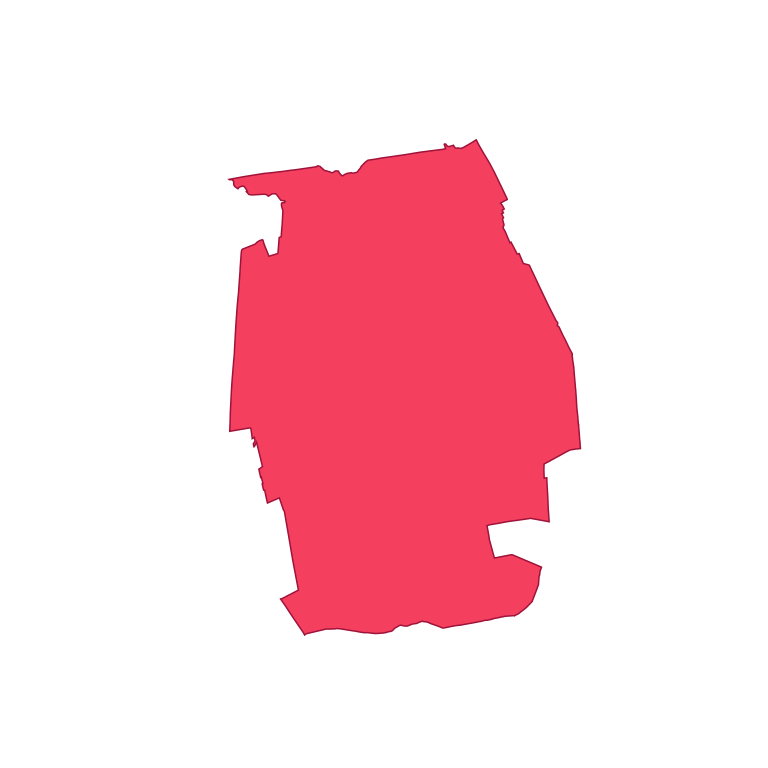 Mozaceni, Arges, Romania, rotated 118°
{"feature_id": "2599482B69451862897521", "entity_name": "Mozaceni", "entity_type": "district", "adm_level": 2, "iso_a3": "ROU", "parent_name": "Romania", "parent_adm1": "Arges", "projection": "robinson", "projection_center": [25.183, 44.552], "detail": "fine", "context": "isolated", "style": "filled", "palette": "rose", "viewbox_px": 768, "rotation_deg": 118, "n_neighbors": 0, "source": "geoboundaries", "source_scale": "gbopen_adm2", "svg_char_len": 5823}
<svg xmlns="http://www.w3.org/2000/svg" viewBox="0 0 768 768"><g transform="rotate(118 384 384)"><path d="M276.1,616.9L276.2,616.4L275.6,615.3L275.0,614.2L275.2,613.2L275.3,612.3L276.9,611.2L278.6,610.2L279.7,608.4L280.2,604.6L278.2,604.2L275.9,602.2L275.2,600.1L276.5,597.7L277.7,595.3L278.7,595.9L279.4,594.1L280.1,592.3L279.1,589.4L276.0,584.3L273.3,579.9L272.9,579.2L271.9,576.9L272.5,574.3L268.6,572.0L266.9,569.0L267.4,567.2L268.9,564.2L270.2,561.4L269.0,557.9L269.3,556.9L270.6,557.2L271.8,559.0L272.3,559.3L272.9,559.2L274.3,558.5L276.5,556.6L278.3,554.7L291.0,548.8L298.3,545.7L302.3,543.9L303.5,545.1L304.0,545.3L308.2,543.4L310.8,542.3L314.7,540.6L318.2,539.1L318.6,539.1L319.2,539.5L325.2,545.6L322.3,549.0L320.9,550.7L317.5,554.7L315.6,556.8L314.3,557.9L313.8,558.4L313.7,558.8L313.8,559.2L315.8,561.2L318.5,562.7L321.1,563.5L331.4,572.3L332.5,572.5L333.1,572.4L335.3,571.6L341.6,568.8L349.0,565.5L350.1,565.0L351.9,564.1L356.0,562.3L370.4,555.9L371.8,555.3L372.9,554.8L375.5,553.8L377.4,553.0L378.5,552.5L380.8,551.6L387.5,548.7L400.3,543.0L408.6,539.2L423.3,532.4L426.6,530.8L431.6,528.6L433.0,528.1L451.3,520.2L459.1,516.7L480.7,506.6L489.7,502.1L498.2,498.0L485.7,481.8L485.5,481.3L485.5,481.0L485.7,480.7L486.0,480.5L492.0,476.1L492.4,475.9L493.9,474.8L494.1,474.7L492.6,473.7L492.0,473.4L494.9,471.1L497.1,471.2L498.2,471.3L500.5,469.4L500.2,469.1L498.0,469.1L497.1,469.1L495.2,469.2L497.9,466.8L508.6,457.3L513.5,453.0L514.0,452.5L515.6,453.3L516.8,453.9L518.0,454.5L524.2,449.2L524.3,449.1L523.6,448.8L524.0,448.4L524.9,447.7L525.8,446.8L527.1,445.6L528.8,444.2L529.4,444.7L533.5,441.1L534.2,440.5L534.0,439.8L533.8,439.5L535.6,438.0L536.4,437.3L540.5,433.9L542.7,432.0L543.7,431.1L543.8,431.0L540.1,428.1L535.3,424.2L533.7,422.9L533.8,422.8L542.4,413.7L543.2,412.2L563.8,396.2L582.1,382.1L588.0,377.4L605.8,363.1L606.2,362.8L608.5,364.4L615.1,369.0L621.4,373.3L621.7,373.8L622.4,374.4L626.2,366.9L629.7,360.6L633.1,354.3L639.3,342.5L641.4,338.5L642.4,337.0L642.9,336.2L642.5,336.1L642.2,336.1L641.6,335.8L641.2,335.4L640.7,335.1L640.6,334.9L628.9,321.6L628.6,321.4L628.4,321.1L628.2,320.9L628.0,320.6L627.9,320.4L627.2,319.5L626.9,318.9L626.5,318.1L625.7,316.6L625.2,315.7L623.8,313.4L623.3,312.5L623.2,312.2L622.7,311.7L622.4,311.4L621.7,310.0L621.6,309.8L621.5,309.6L621.2,308.8L620.9,308.3L620.8,307.8L620.7,307.7L616.5,295.4L615.8,293.7L615.1,291.3L614.3,288.7L612.8,284.5L611.8,282.9L610.8,280.6L609.8,277.9L608.4,274.5L606.6,271.5L603.8,267.1L602.8,266.0L602.8,265.8L602.6,265.6L600.5,263.6L599.4,262.0L598.1,260.9L596.7,260.4L595.0,260.0L593.8,259.4L590.5,257.3L589.4,256.5L588.9,255.4L588.6,254.0L588.1,252.5L587.4,250.9L586.7,249.7L585.7,248.8L583.1,246.7L581.5,244.8L580.4,243.1L579.0,241.9L578.8,241.8L576.9,240.3L575.5,238.7L575.2,237.4L574.2,235.1L573.7,232.9L573.7,230.8L573.4,228.8L573.1,227.0L572.7,224.5L572.3,221.5L572.1,219.2L571.9,217.7L571.6,217.0L568.9,213.6L566.8,211.2L564.0,207.6L563.0,206.2L561.4,204.0L561.5,203.9L559.7,201.6L556.9,198.1L554.1,194.5L551.4,191.1L549.5,188.9L548.6,187.5L546.6,185.4L545.2,183.8L544.6,182.6L542.8,180.3L540.7,177.9L539.7,177.2L538.5,175.6L536.8,173.5L534.6,170.9L533.6,169.6L533.0,169.1L532.4,168.2L531.2,166.4L528.2,161.6L528.1,161.4L527.5,160.6L527.4,160.3L527.5,160.0L525.9,159.0L523.9,157.5L514.6,153.4L506.6,151.1L495.3,152.5L488.7,153.4L480.9,156.8L479.6,156.9L476.1,158.3L471.8,158.9L474.5,190.2L475.0,191.5L481.5,199.5L485.8,204.8L483.1,207.4L476.8,213.3L471.5,218.3L471.2,218.4L468.3,220.5L460.7,226.6L460.2,226.1L459.1,225.0L458.4,224.2L452.1,216.0L451.4,215.2L448.3,211.3L445.3,207.3L442.9,203.9L441.1,201.4L435.0,193.1L433.8,191.5L433.1,189.2L432.1,186.2L428.1,173.5L424.1,176.0L419.9,178.6L417.4,180.2L409.5,184.8L405.6,187.1L398.9,191.2L397.1,192.3L392.6,195.0L390.4,196.2L391.9,198.4L384.8,202.5L379.5,205.1L371.4,199.7L363.3,194.4L359.3,191.8L355.4,189.1L354.8,188.6L352.4,185.4L352.1,185.2L348.8,180.2L348.1,180.6L346.1,182.0L344.2,183.1L341.2,185.1L339.5,186.2L337.4,187.5L333.0,190.3L329.2,192.8L328.9,192.7L328.6,192.9L328.5,193.3L326.8,194.4L324.1,196.2L322.4,197.2L317.7,200.4L313.7,203.1L312.8,203.6L306.7,207.3L299.2,212.0L296.2,214.0L294.5,215.1L288.9,218.7L282.4,222.9L280.5,224.0L277.4,226.3L274.1,228.8L272.6,229.7L271.6,230.6L268.9,232.0L265.0,237.8L260.1,244.4L257.5,248.2L254.7,252.0L251.4,256.3L251.2,257.5L251.0,258.6L250.4,258.6L248.9,259.0L248.1,259.7L247.4,261.6L237.5,275.7L223.9,294.0L214.3,306.9L210.9,311.4L211.0,312.5L211.6,315.0L212.2,317.5L205.4,325.9L206.7,327.4L203.1,332.6L199.1,338.5L200.2,339.1L192.2,348.9L190.8,351.3L190.2,352.3L187.2,352.7L182.6,356.9L181.1,356.5L178.4,360.2L176.9,358.9L175.0,361.2L174.0,360.6L173.0,360.0L170.9,363.1L170.6,363.7L170.2,364.6L169.6,366.0L168.9,365.6L165.2,363.2L163.3,361.8L163.1,361.9L162.8,362.1L155.2,372.3L152.9,375.5L145.4,385.7L142.2,390.4L140.0,393.6L137.3,398.0L133.0,405.2L128.0,413.1L125.1,417.2L132.1,421.3L138.7,425.5L138.9,425.9L139.6,426.3L139.9,426.9L140.5,428.4L140.9,429.6L141.9,431.0L142.1,432.1L141.5,433.3L140.6,434.8L142.5,436.6L144.0,438.4L144.3,439.7L144.0,440.3L143.6,441.2L143.2,442.2L143.6,443.2L144.2,443.3L147.2,440.1L149.3,442.4L154.2,449.4L162.2,460.7L172.4,474.1L176.2,479.3L182.4,487.8L185.4,492.0L189.3,496.9L193.9,503.2L196.7,504.6L202.7,506.3L204.4,506.2L206.9,506.8L209.4,507.0L211.2,508.9L212.1,509.9L212.6,510.7L212.7,511.9L215.1,515.2L217.8,517.4L219.2,517.9L219.9,519.1L219.3,520.6L218.4,523.0L217.4,524.1L218.1,525.9L218.5,526.6L219.2,527.4L220.4,527.8L221.5,528.6L221.9,529.3L222.1,529.9L222.1,531.9L222.4,532.4L222.7,534.3L223.4,536.7L222.4,540.7L222.4,541.2L221.9,542.6L222.3,544.3L222.5,544.9L223.0,545.4L224.0,545.8L229.2,552.9L235.2,561.1L237.5,564.3L238.6,566.0L243.9,573.3L245.8,576.1L248.1,579.4L249.7,581.7L254.5,588.9L266.8,605.2L276.1,616.9Z" fill="#f43f5e" stroke="#9f1239" stroke-width="1.5"/></g></svg>